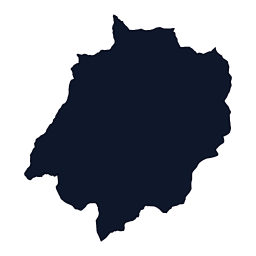 outline of Carcasí, Santander, Colombia
{"feature_id": "7082276B77034388589017", "entity_name": "Carcasí", "entity_type": "district", "adm_level": 2, "iso_a3": "COL", "parent_name": "Colombia", "parent_adm1": "Santander", "projection": "albers", "projection_center": [-72.585, 6.658], "detail": "fine", "context": "isolated", "style": "filled", "palette": "ink", "viewbox_px": 256, "rotation_deg": 0, "n_neighbors": 0, "source": "geoboundaries", "source_scale": "gbopen_adm2", "svg_char_len": 5703}
<svg xmlns="http://www.w3.org/2000/svg" viewBox="0 0 256 256"><path d="M215.1,48.3L213.1,50.1L212.2,51.0L211.9,51.7L211.3,52.1L210.2,52.0L209.0,52.2L203.4,54.7L202.8,54.5L201.5,53.9L199.6,53.4L199.0,53.4L196.9,54.3L196.6,54.1L195.2,52.1L193.4,50.9L192.9,50.1L191.8,49.1L190.5,48.5L189.5,47.5L184.7,47.5L183.1,47.8L181.4,47.8L180.3,47.7L180.1,47.5L178.2,44.2L177.7,42.9L176.8,41.5L176.9,40.3L176.7,39.0L175.2,36.7L174.9,35.9L174.6,33.2L174.1,32.7L173.2,32.4L172.6,31.6L172.8,30.8L173.7,29.2L173.8,28.8L172.7,28.8L170.2,29.3L164.2,29.2L163.1,29.0L160.4,27.9L159.3,27.8L158.2,28.1L156.6,28.3L152.8,30.1L151.3,30.3L150.7,30.7L150.1,30.9L148.4,30.7L146.4,31.0L144.5,30.8L143.7,30.6L142.2,29.8L141.4,29.5L140.2,29.6L139.0,30.1L138.1,30.1L137.1,30.4L136.1,30.3L134.7,30.7L133.7,30.7L132.3,30.8L131.1,30.6L129.4,30.6L128.8,30.1L127.7,28.5L126.5,27.1L124.3,25.2L124.2,24.8L122.9,23.4L122.5,21.9L122.0,21.7L121.0,21.7L120.5,21.4L119.8,20.5L119.3,20.0L118.1,19.6L117.6,18.8L116.8,17.1L116.5,16.8L115.7,16.5L115.4,16.4L115.2,16.0L114.4,15.7L114.0,15.4L113.6,16.0L113.6,16.5L114.1,18.2L114.2,19.9L114.6,21.8L114.7,22.7L114.4,23.7L113.9,24.8L113.8,25.5L113.1,26.2L113.2,26.7L113.0,27.6L113.4,28.5L112.9,28.5L112.8,28.8L113.4,29.6L113.6,30.2L113.5,31.3L114.0,31.3L114.0,31.7L113.2,32.8L113.5,33.3L114.0,35.3L113.9,35.9L114.1,36.4L114.0,37.0L114.0,37.4L115.3,40.1L115.3,42.8L115.1,43.5L114.1,44.8L111.9,47.4L111.8,48.2L111.5,48.7L110.0,50.0L109.9,50.4L109.2,50.5L107.6,50.4L106.4,50.7L105.5,50.7L104.6,50.9L104.0,50.8L102.5,50.5L101.8,50.6L100.9,51.0L100.4,51.9L99.8,52.4L99.3,53.1L97.7,53.3L96.6,54.2L95.8,54.6L94.8,55.5L92.1,56.1L89.9,55.6L88.7,55.9L88.1,55.9L86.5,55.0L84.3,54.5L82.8,55.2L81.8,55.4L80.6,55.3L77.8,54.5L77.4,54.8L77.5,55.2L79.0,57.0L79.3,57.9L79.3,59.1L79.5,59.9L79.3,61.7L79.4,63.3L79.3,63.5L79.1,63.7L77.4,63.9L76.6,64.2L74.9,65.3L74.3,65.5L73.0,67.4L71.5,68.6L71.4,69.1L72.5,70.7L73.0,72.0L73.2,72.8L73.2,74.7L74.6,78.3L74.6,78.9L74.4,79.2L73.7,79.7L71.9,80.3L70.8,81.7L69.7,85.7L69.5,88.1L69.3,89.0L69.3,90.2L69.5,91.4L69.2,94.8L68.3,97.5L68.2,98.3L67.5,100.5L66.6,102.2L65.8,103.2L64.9,104.0L63.4,104.6L62.8,105.2L62.2,106.3L61.5,107.8L59.3,110.2L58.8,111.2L58.5,112.2L56.3,115.6L55.6,118.2L54.7,118.9L53.9,119.8L53.5,121.9L52.9,122.9L52.1,124.0L51.4,124.5L50.5,124.8L50.1,125.2L48.0,128.6L47.2,129.7L46.6,132.0L46.2,132.6L44.0,134.7L42.8,135.3L41.2,136.0L39.3,137.8L37.1,139.0L36.5,139.7L36.3,140.1L36.2,141.4L36.0,141.9L34.9,143.4L35.0,144.7L35.4,146.3L35.4,146.8L35.3,147.5L34.6,148.5L34.2,148.7L33.7,149.3L33.3,150.0L32.8,151.6L30.7,155.1L31.0,156.9L30.7,161.5L31.2,162.9L30.6,165.9L29.6,167.2L27.6,169.0L27.2,170.0L25.4,172.5L25.1,173.2L24.9,173.8L25.1,174.9L26.8,176.6L27.5,177.9L28.0,178.5L29.1,179.1L30.1,179.5L30.6,179.4L31.9,178.0L32.8,177.2L34.4,176.8L36.5,175.8L37.1,175.8L37.5,176.1L37.8,176.2L39.9,176.3L40.8,176.0L41.5,176.3L41.7,176.2L41.7,175.3L42.1,175.0L42.9,174.7L43.9,174.1L44.2,173.1L44.4,173.0L46.5,173.6L47.4,173.4L48.0,173.4L49.4,174.0L50.3,174.7L51.5,175.1L53.1,174.8L53.5,175.0L54.3,175.9L54.7,175.9L56.0,175.2L57.2,174.3L57.8,174.0L58.0,174.9L58.6,180.0L58.7,181.4L58.6,183.6L58.2,184.6L56.5,186.8L56.6,187.8L56.9,189.0L57.4,190.0L59.9,195.3L60.5,196.2L61.2,198.1L61.6,198.7L63.5,200.2L64.4,201.1L67.1,202.7L71.4,204.5L73.2,205.7L75.0,208.1L75.9,208.6L77.6,208.7L80.3,209.9L81.1,209.9L81.9,209.4L84.6,207.0L85.4,206.1L85.9,205.2L87.1,203.8L88.2,203.2L89.4,202.7L90.5,202.5L94.5,202.4L96.0,202.7L96.5,203.1L97.5,204.7L97.8,206.0L98.7,207.0L98.7,207.9L98.6,208.9L98.7,209.7L99.3,211.7L99.7,213.6L98.9,216.6L96.5,220.5L97.0,225.8L97.0,227.1L97.2,228.5L97.2,230.1L97.7,232.5L99.4,235.8L99.6,236.5L100.3,237.9L101.1,240.3L101.3,240.6L102.5,239.7L105.1,237.8L106.4,236.5L108.5,233.9L110.4,231.9L112.1,232.0L113.8,230.7L114.6,230.5L115.6,230.6L116.4,230.2L117.3,230.0L118.3,229.9L119.5,230.4L120.9,230.5L123.4,230.2L123.9,228.8L124.0,227.6L123.8,226.0L123.7,225.3L124.1,223.8L125.0,222.6L125.8,222.0L130.5,220.5L132.1,220.3L133.4,219.7L134.9,218.6L136.5,216.4L137.0,216.3L138.0,216.6L138.2,216.4L138.6,214.9L138.5,213.1L138.7,212.4L139.2,212.1L139.5,211.6L139.9,210.2L140.3,209.6L140.8,209.2L141.8,209.2L143.1,208.6L143.5,208.0L143.5,207.2L143.8,206.7L144.9,205.5L145.5,205.1L146.2,204.9L147.7,205.5L149.3,205.3L150.4,205.5L153.5,205.6L154.8,205.8L157.5,207.1L160.1,209.0L162.3,211.4L163.2,212.1L163.9,212.3L165.8,212.2L166.4,212.4L166.9,211.5L169.0,209.1L170.9,208.0L171.2,206.9L171.5,206.4L173.3,205.7L177.5,204.8L178.0,204.3L178.9,203.9L180.9,203.4L181.9,203.6L183.4,203.1L184.5,200.0L185.0,199.2L184.8,198.5L184.9,197.6L185.2,196.6L189.2,191.8L190.8,188.8L190.6,185.3L190.6,182.5L191.4,179.3L191.4,174.0L191.8,172.3L192.7,170.9L196.3,166.8L197.3,164.7L198.7,162.6L200.3,161.2L202.2,160.0L202.8,159.5L206.5,157.8L210.6,157.2L214.3,156.3L217.2,155.2L217.6,154.3L217.4,153.5L215.6,150.8L215.4,149.9L215.6,148.8L216.2,148.1L217.2,147.2L218.1,146.1L220.3,144.2L222.9,142.6L223.4,142.0L223.5,140.4L223.1,138.1L222.4,136.8L222.4,136.3L226.6,134.4L228.3,133.2L229.4,131.9L229.5,131.1L230.2,128.9L230.2,127.3L229.8,125.6L229.7,123.4L229.2,120.2L229.1,116.2L228.9,114.9L229.1,114.2L229.9,113.1L230.2,112.2L230.2,111.8L229.9,111.2L229.4,110.5L228.9,109.4L227.9,106.8L225.5,104.0L224.0,101.6L223.9,100.9L224.2,99.8L225.0,98.8L226.3,96.9L227.2,94.9L227.6,93.6L228.6,92.3L229.3,90.6L230.0,87.6L230.9,85.6L230.8,84.5L230.4,83.3L230.2,81.6L230.5,80.2L230.9,79.4L231.1,77.4L230.6,76.3L230.0,75.8L229.5,74.9L228.7,74.1L228.2,73.3L228.1,72.8L228.0,71.8L228.2,70.8L228.3,68.5L228.6,67.2L228.5,66.4L227.5,63.7L227.3,62.0L227.0,61.6L225.1,60.2L223.0,58.9L222.2,58.1L221.4,56.0L219.5,55.0L216.9,52.8L215.6,50.6L215.3,49.6L215.1,48.3Z" fill="#0f172a" stroke="#020617" stroke-width="1.5"/></svg>